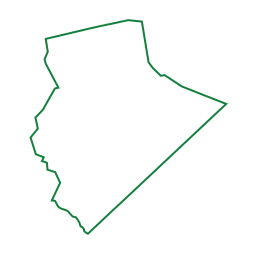 Edgefield, South Carolina, United States of America (Equal Earth projection), rotated 3°
{"feature_id": "52423323B30535713106767", "entity_name": "Edgefield", "entity_type": "district", "adm_level": 2, "iso_a3": "USA", "parent_name": "United States of America", "parent_adm1": "South Carolina", "projection": "equal_earth", "projection_center": [-82.027, 33.754], "detail": "fine", "context": "isolated", "style": "outline", "palette": "green", "viewbox_px": 256, "rotation_deg": 3, "n_neighbors": 0, "source": "geoboundaries", "source_scale": "gbopen_adm2", "svg_char_len": 787}
<svg xmlns="http://www.w3.org/2000/svg" viewBox="0 0 256 256"><g transform="rotate(3 128 128)"><path d="M94.9,27.7L80.8,31.7L41.2,43.3L43.9,56.1L41.1,63.6L42.5,68.1L56.4,91.4L52.9,92.4L42.0,114.3L35.0,122.5L38.0,133.3L31.2,142.6L37.3,159.0L45.4,161.7L43.8,165.5L48.8,166.9L49.8,173.9L57.6,175.9L63.1,186.3L56.4,202.6L55.8,204.4L58.0,204.4L59.1,204.8L61.8,209.3L62.7,210.4L63.6,211.1L66.0,212.1L71.2,213.6L72.7,214.6L76.8,218.8L77.6,219.3L77.9,219.5L80.0,219.7L81.0,220.2L84.3,224.7L85.2,227.4L85.9,228.7L87.6,229.4L89.4,231.4L89.4,232.8L90.7,234.2L93.5,235.7L119.6,208.4L122.2,205.8L148.9,178.0L178.7,146.9L201.6,123.0L224.8,98.8L199.5,90.4L179.4,83.6L161.8,73.3L158.0,74.1L149.7,66.8L145.1,61.3L136.3,21.0L122.6,20.3L94.9,27.7Z" fill="none" stroke="#15803d" stroke-width="2"/></g></svg>